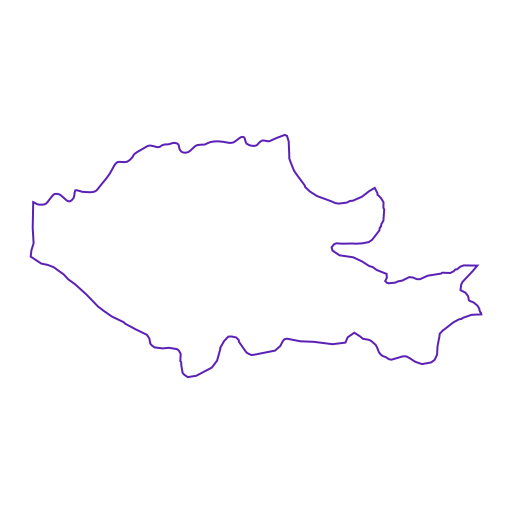 outline of Guastatoya, El Progreso, Guatemala
{"feature_id": "79465075B25176741785216", "entity_name": "Guastatoya", "entity_type": "district", "adm_level": 2, "iso_a3": "GTM", "parent_name": "Guatemala", "parent_adm1": "El Progreso", "projection": "albers", "projection_center": [-90.061, 14.852], "detail": "fine", "context": "isolated", "style": "outline", "palette": "violet", "viewbox_px": 512, "rotation_deg": 0, "n_neighbors": 0, "source": "geoboundaries", "source_scale": "gbopen_adm2", "svg_char_len": 4110}
<svg xmlns="http://www.w3.org/2000/svg" viewBox="0 0 512 512"><path d="M374.7,187.9L369.1,191.2L362.0,196.7L352.9,200.7L349.9,201.0L346.8,202.6L338.8,203.6L335.4,203.1L330.8,201.1L316.9,196.0L309.9,191.5L305.2,187.1L304.7,185.4L300.1,179.2L297.7,176.0L294.0,170.7L290.4,161.6L289.3,158.5L289.2,153.5L288.7,141.5L287.0,135.9L284.8,134.9L277.1,137.8L269.6,141.1L268.2,141.3L267.0,141.1L265.1,140.7L263.3,140.5L262.1,140.6L260.6,141.4L258.7,143.1L257.9,144.1L257.2,144.8L256.1,145.5L254.4,145.9L252.5,145.8L251.0,145.6L249.3,145.1L246.6,143.7L245.5,141.5L245.0,139.4L244.6,138.1L243.7,137.2L242.9,136.9L241.4,137.0L239.7,137.9L237.2,139.8L235.2,141.3L233.9,142.1L233.1,142.5L231.5,142.8L230.2,142.9L229.0,142.9L227.7,142.6L224.0,142.0L222.3,141.7L220.0,141.5L217.9,141.3L215.4,141.4L212.5,141.7L210.8,142.0L209.5,142.4L207.6,143.2L205.1,144.4L204.2,144.6L201.0,144.7L197.7,145.0L196.6,145.4L195.4,146.0L192.9,148.2L190.3,150.7L189.2,151.4L188.2,152.1L185.9,152.7L184.5,152.7L183.5,152.5L182.5,152.3L181.3,151.5L180.5,150.6L179.6,149.2L179.3,148.0L178.9,146.5L178.7,145.1L178.2,144.4L177.5,143.7L175.7,143.0L174.3,142.9L173.1,143.0L171.9,143.2L170.8,143.7L169.7,144.0L168.8,144.2L167.5,144.4L165.8,144.4L164.5,144.5L163.4,144.8L162.1,145.3L161.2,145.8L160.4,146.5L159.1,147.0L157.8,147.2L156.6,147.0L155.1,146.6L153.8,146.2L152.1,145.9L150.9,145.6L149.9,145.6L148.6,145.7L147.3,146.2L137.1,152.1L134.8,153.7L133.9,154.6L133.3,155.5L132.8,156.7L131.7,157.9L130.6,159.2L129.1,160.5L127.1,161.7L125.7,162.0L124.1,162.1L122.5,162.0L120.0,161.9L118.9,161.9L117.6,162.1L116.8,162.6L116.1,163.2L115.1,164.3L114.5,165.1L109.8,173.6L106.1,178.7L102.4,183.2L97.9,188.8L97.1,189.8L96.3,190.5L95.4,191.2L94.1,191.7L92.9,192.0L91.2,192.2L88.6,192.2L85.4,192.0L82.0,191.8L80.5,191.2L78.8,190.8L77.8,190.5L76.7,190.2L75.2,190.5L74.7,192.5L74.2,195.8L73.6,197.9L72.3,199.6L71.0,200.7L69.9,201.3L69.0,201.3L67.9,201.1L66.5,200.3L64.2,198.2L62.1,196.4L60.8,195.3L60.0,194.7L59.1,194.4L58.1,194.1L56.9,193.9L55.5,193.9L54.3,194.1L53.5,194.7L52.0,196.3L50.1,198.7L47.8,201.7L47.0,202.6L46.2,203.5L45.4,203.9L44.4,204.4L41.6,204.7L39.7,204.7L38.4,204.5L37.2,204.2L35.4,203.2L34.1,202.5L33.2,202.1L33.2,203.3L32.7,227.6L33.6,243.3L31.4,250.3L30.7,256.6L41.3,263.6L47.7,264.9L53.7,267.2L63.8,274.5L68.2,279.3L75.0,284.2L86.5,294.6L98.0,306.5L103.2,310.5L111.8,316.5L123.5,322.1L125.3,323.8L134.8,328.9L146.9,334.8L149.4,338.6L150.3,343.6L151.7,345.3L154.5,347.4L162.5,348.4L169.0,347.8L176.9,349.1L178.8,350.5L180.7,353.9L180.3,361.0L181.2,362.2L181.3,365.3L182.6,373.0L184.7,375.1L187.8,377.1L196.2,375.8L211.8,367.6L217.1,360.6L220.3,349.0L220.1,348.1L224.0,341.2L228.3,336.6L231.8,336.5L236.2,337.5L238.8,340.1L238.8,341.6L244.3,349.5L246.4,352.4L248.4,353.7L251.3,355.0L253.8,354.8L275.0,350.6L280.3,346.0L282.7,341.3L284.3,339.3L287.0,338.7L300.4,341.3L313.5,341.8L332.5,344.2L345.4,342.6L347.7,337.3L354.3,332.7L360.2,336.5L362.9,338.8L368.8,339.8L371.1,340.9L375.6,344.8L377.1,347.5L379.0,352.4L381.4,355.2L383.1,356.2L385.5,357.0L389.0,359.2L391.4,359.7L403.0,356.3L406.1,356.3L409.4,358.0L415.3,361.8L422.0,364.1L431.2,362.4L434.4,360.1L435.4,358.3L437.1,354.5L437.5,346.4L439.5,336.0L439.7,333.7L443.3,330.1L444.6,329.2L453.3,322.4L459.0,319.3L461.4,319.0L462.5,318.0L471.6,314.8L481.3,314.4L480.9,312.7L479.8,311.5L479.2,308.5L477.4,305.6L473.5,302.4L469.5,300.8L468.7,299.9L468.6,298.4L468.0,296.0L465.4,292.6L460.5,290.2L461.2,284.5L462.6,281.8L472.9,270.9L477.3,265.6L463.7,265.4L460.4,266.6L456.9,269.4L455.4,269.4L453.7,271.3L450.2,273.0L442.3,272.7L441.0,273.6L427.7,275.7L420.0,279.2L417.0,279.2L412.8,277.5L409.3,277.1L402.2,280.6L397.9,281.4L395.3,282.6L388.7,283.3L386.8,282.7L385.2,281.0L386.8,277.9L386.6,273.9L376.7,270.0L372.8,267.1L369.1,266.0L362.2,261.5L353.2,257.3L339.5,255.3L332.5,250.6L331.6,247.3L334.0,244.3L336.3,243.3L341.8,243.7L352.9,243.5L355.4,243.7L361.9,243.4L368.8,242.1L372.1,239.8L379.4,230.4L379.7,227.9L381.0,226.5L381.4,224.0L383.4,220.7L384.2,209.5L383.4,207.8L383.5,202.2L380.9,198.0L378.7,195.8L377.5,194.8L377.5,193.3L374.7,187.9Z" fill="none" stroke="#5b21b6" stroke-width="2"/></svg>